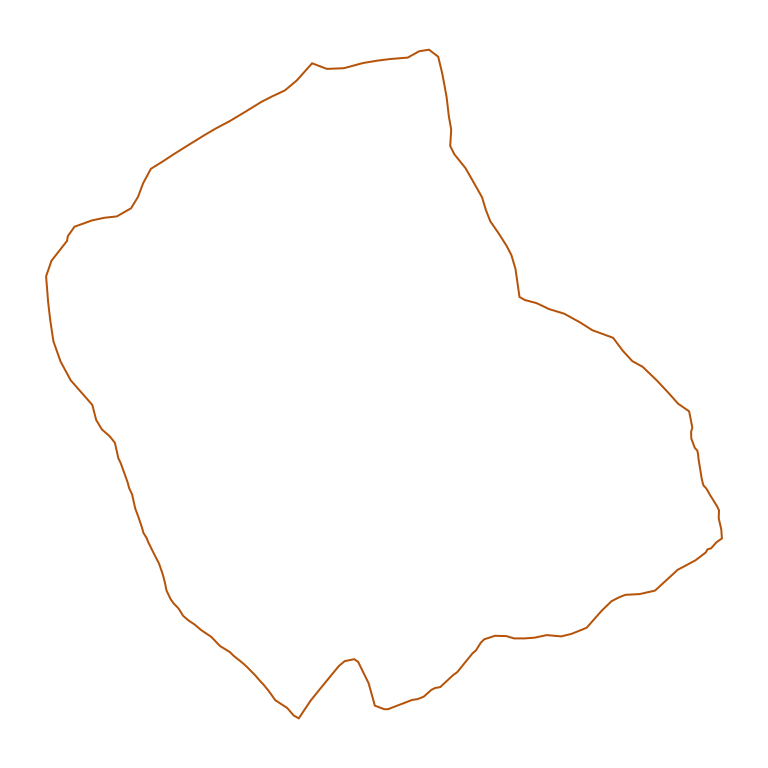 the district of Toetsho, Tashi Yangtse, Bhutan
{"feature_id": "84629894B2316298414360", "entity_name": "Toetsho", "entity_type": "district", "adm_level": 2, "iso_a3": "BTN", "parent_name": "Bhutan", "parent_adm1": "Tashi Yangtse", "projection": "orthographic", "projection_center": [91.605, 27.504], "detail": "fine", "context": "isolated", "style": "outline", "palette": "amber", "viewbox_px": 768, "rotation_deg": 0, "n_neighbors": 0, "source": "geoboundaries", "source_scale": "gbopen_adm2", "svg_char_len": 2330}
<svg xmlns="http://www.w3.org/2000/svg" viewBox="0 0 768 768"><path d="M298.8,718.3L310.7,700.5L321.2,687.5L332.6,673.6L339.0,665.9L341.4,663.9L344.7,661.1L354.3,659.2L358.1,661.8L368.6,683.2L373.9,702.2L374.8,705.6L384.2,709.2L388.0,709.2L412.2,699.9L417.3,699.2L423.7,696.7L431.3,689.9L435.1,688.0L440.2,687.1L453.0,675.2L457.1,672.3L472.7,653.1L475.9,650.5L480.7,642.8L484.2,639.3L495.0,635.8L506.4,636.1L514.1,638.4L524.3,638.4L534.4,637.7L546.8,635.1L561.2,636.4L571.4,633.9L586.6,627.8L601.6,610.8L611.5,601.2L619.1,597.3L625.5,594.8L639.5,594.1L655.0,590.6L677.7,569.8L695.5,560.3L705.7,552.5L707.6,549.3L711.1,548.3L716.5,542.2L721.9,538.4L721.3,529.5L718.7,518.2L719.0,510.4L717.3,506.7L712.7,499.2L709.9,494.8L706.9,489.4L705.3,487.3L703.5,485.5L702.5,482.1L701.7,478.7L699.5,465.0L698.5,458.9L698.1,454.6L697.4,450.8L694.7,447.7L693.4,444.1L691.3,438.5L691.1,431.9L692.3,427.6L690.7,419.2L689.1,411.3L678.2,403.8L668.2,392.6L657.0,380.6L642.6,366.8L632.4,361.2L622.9,350.9L613.1,337.8L592.3,330.2L579.7,322.2L564.2,313.7L549.1,309.1L536.5,303.1L524.8,300.0L519.5,297.0L515.5,269.0L511.4,255.1L506.5,245.7L498.6,233.3L490.3,221.3L485.8,209.8L482.1,197.4L475.1,185.0L465.6,168.3L454.3,154.2L450.2,146.0L451.2,129.5L448.9,116.7L446.6,97.1L444.2,83.9L442.2,73.3L438.2,56.7L429.0,49.7L419.0,51.3L407.7,57.6L390.4,59.0L377.7,60.6L363.1,63.0L343.8,68.2L326.9,68.9L312.1,63.3L296.6,80.6L284.9,90.4L272.1,96.4L261.7,101.7L244.1,112.5L229.7,121.1L215.4,128.7L204.8,134.9L189.9,144.1L173.1,154.6L163.6,160.9L150.9,168.8L143.1,183.3L138.0,196.9L131.0,208.3L116.8,216.4L104.2,217.8L91.7,220.5L74.5,226.7L67.8,236.2L67.1,240.8L51.5,260.7L46.1,276.3L48.1,301.8L50.2,319.8L53.4,341.3L60.6,361.6L70.7,380.3L92.3,404.9L96.2,420.0L101.8,429.3L109.8,436.4L114.9,442.8L118.4,458.4L120.7,463.1L124.6,473.9L127.6,482.3L129.1,488.0L132.1,494.4L134.1,503.5L135.3,508.7L138.4,516.9L142.0,527.7L143.4,532.8L146.7,538.2L148.4,542.5L154.5,554.8L158.9,563.3L162.5,573.6L164.0,579.0L164.9,582.6L166.5,590.5L170.6,599.1L173.7,603.5L176.0,605.8L178.7,608.7L183.1,615.8L188.3,620.3L194.6,624.5L201.2,630.1L211.2,636.8L220.1,646.1L229.8,652.0L233.7,655.9L242.8,663.1L247.4,667.3L250.9,671.0L255.0,675.1L259.9,680.8L263.6,684.7L268.4,690.6L271.1,694.3L275.3,700.2L287.1,707.9L293.8,715.6L298.8,718.3Z" fill="none" stroke="#b45309" stroke-width="2"/></svg>